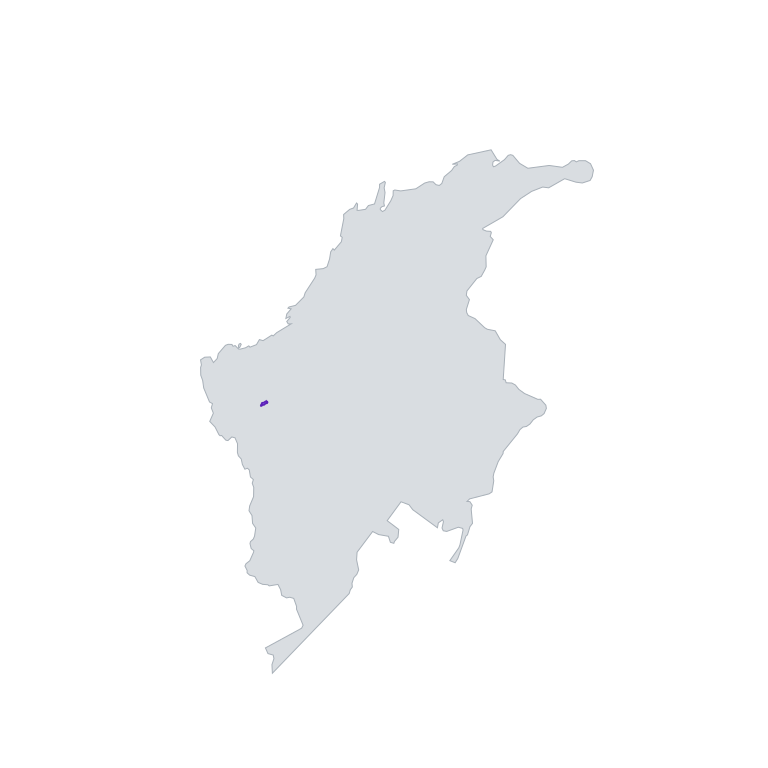 location of Palestina, Huila, Colombia, rotated 36°
{"feature_id": "7082276B12666092596275", "entity_name": "Palestina", "entity_type": "district", "adm_level": 2, "iso_a3": "COL", "parent_name": "Colombia", "parent_adm1": "Huila", "projection": "equal_earth", "projection_center": [-76.155, 1.674], "detail": "fine", "context": "in_parent", "style": "filled", "palette": "violet", "viewbox_px": 768, "rotation_deg": 36, "n_neighbors": 0, "source": "geoboundaries", "source_scale": "gbopen_adm2", "svg_char_len": 5011}
<svg xmlns="http://www.w3.org/2000/svg" viewBox="0 0 768 768"><g transform="rotate(36 384 384)"><path d="M426.3,104.8L420.6,107.9L409.5,111.7L401.9,128.5L396.6,131.4L390.2,141.4L385.5,153.7L381.9,178.8L372.4,200.1L373.2,201.0L377.0,200.1L380.6,197.8L381.9,198.5L383.2,202.2L387.6,203.1L391.1,220.4L397.8,229.2L398.5,232.6L399.4,239.8L397.1,244.1L396.4,260.0L398.5,263.9L403.5,265.5L406.8,275.3L408.9,277.6L411.9,279.1L419.2,277.6L432.3,279.3L435.4,279.0L442.7,275.6L452.1,279.8L459.0,280.5L477.8,310.3L479.7,309.4L482.1,311.2L486.8,308.1L490.9,307.6L496.3,309.1L503.3,309.1L517.5,306.0L519.6,304.3L527.4,306.0L529.7,308.3L530.9,313.8L530.0,317.3L527.3,320.7L525.8,325.2L525.6,330.6L524.2,334.6L521.7,337.2L520.8,341.0L521.3,345.9L520.1,368.5L521.2,370.3L522.0,379.6L525.3,391.6L526.9,395.0L529.7,397.8L534.8,407.8L533.6,411.1L520.8,426.6L520.2,430.2L522.6,428.7L526.6,430.2L528.0,433.9L537.5,444.7L537.4,448.9L540.2,457.0L539.7,458.8L546.3,481.9L546.6,486.8L541.1,488.2L540.8,472.6L540.0,469.5L533.8,455.7L532.5,454.6L528.3,456.2L521.4,466.4L518.2,467.9L515.6,466.4L513.0,460.4L511.3,459.3L509.6,464.4L511.7,468.9L481.2,468.8L475.2,467.0L467.0,469.3L466.9,492.7L481.4,493.0L485.4,499.7L485.0,505.2L485.6,507.1L482.2,508.3L477.1,504.6L468.1,509.0L461.5,510.0L461.1,535.9L465.1,542.3L472.8,549.3L473.9,554.0L473.4,558.4L475.2,564.0L477.7,566.9L477.7,570.3L479.0,574.0L463.7,683.6L458.3,676.9L456.4,670.9L453.7,668.4L448.6,670.3L443.2,667.2L460.9,630.0L460.3,626.7L445.6,617.6L444.0,615.3L437.0,610.5L433.1,611.9L430.9,614.3L425.5,615.1L421.2,611.1L416.0,608.5L409.8,614.8L408.0,614.7L403.6,617.4L398.8,618.5L392.7,615.7L387.7,617.6L384.2,617.2L382.9,615.3L378.5,613.0L378.0,610.5L379.3,605.9L377.4,596.9L376.7,595.4L373.3,595.2L369.4,591.9L368.6,590.0L369.4,586.3L368.7,583.2L364.9,575.9L359.6,574.0L354.5,568.0L349.3,565.9L347.0,561.6L344.7,551.8L339.4,544.2L335.7,541.7L334.5,538.1L330.6,537.7L325.5,532.7L323.1,532.4L321.5,534.7L316.7,532.3L312.6,528.6L308.4,527.7L305.6,525.5L300.6,518.4L295.1,515.1L292.0,516.3L291.0,521.5L289.1,522.4L282.9,521.1L281.8,522.2L280.2,522.0L272.6,518.1L265.0,516.7L263.1,507.9L258.3,504.8L256.8,500.7L253.4,501.1L240.5,493.2L235.2,487.7L230.6,484.6L225.9,478.4L225.1,475.9L221.4,472.3L223.2,467.7L227.6,464.2L233.4,466.9L234.1,461.5L232.1,456.8L233.0,445.9L234.6,443.5L237.7,441.4L239.7,442.2L241.0,440.4L245.7,441.2L247.1,440.4L250.7,436.1L252.2,432.6L253.9,433.0L257.7,427.1L257.1,421.3L260.7,420.0L264.5,410.4L266.1,410.2L267.0,405.6L273.6,389.8L271.2,391.7L268.6,390.6L269.0,385.2L268.2,384.6L266.1,388.7L264.2,384.5L264.7,377.8L261.7,379.1L261.9,377.5L266.2,372.4L268.0,360.7L266.6,356.5L265.7,339.1L264.9,335.7L261.4,331.4L267.0,326.4L269.0,322.6L266.5,314.9L263.2,308.4L263.1,304.5L265.1,304.9L265.9,294.0L264.0,289.9L261.7,289.8L254.3,273.9L251.7,270.6L253.6,262.9L255.9,259.5L255.4,253.7L256.9,254.0L260.1,259.3L261.4,258.5L266.4,253.5L266.5,248.8L270.5,243.9L264.9,227.6L263.0,225.0L265.3,219.8L266.6,220.1L268.8,225.2L272.3,228.5L277.4,237.6L279.7,239.7L278.1,241.7L277.7,243.9L278.5,245.1L281.4,245.4L282.6,242.8L281.8,231.8L280.6,226.2L277.9,222.3L278.7,220.7L284.0,218.0L295.0,207.4L298.8,197.5L301.6,193.9L304.9,191.6L308.9,192.2L312.0,190.9L312.9,187.8L310.9,180.9L313.2,171.5L313.1,166.7L314.6,163.9L314.1,162.8L310.1,166.1L314.2,159.5L317.1,149.4L333.0,131.6L343.4,135.9L346.7,135.6L342.4,137.8L341.7,140.4L343.2,143.1L344.8,143.9L346.1,142.2L349.6,131.7L350.1,126.0L351.6,124.1L353.8,123.3L364.0,125.8L373.6,124.9L389.2,110.1L401.0,103.8L403.9,97.7L404.7,93.1L406.8,91.3L409.0,91.3L410.4,88.8L415.8,84.9L421.6,84.4L427.8,87.9L430.6,94.0L431.1,98.2L426.3,104.8ZM245.8,439.3L245.1,440.1L243.7,438.6L243.3,436.8L244.1,435.5L245.2,435.9L245.8,439.3Z" fill="#d9dde1" stroke="#a8b0b8" stroke-width="1"/><path d="M300.8,468.2L300.7,468.0L300.7,467.9L300.7,467.7L300.7,467.4L300.6,467.2L300.4,467.1L300.2,467.0L300.1,466.9L300.0,467.0L299.9,467.0L299.7,467.2L299.5,466.9L299.4,466.9L299.2,466.9L299.2,467.0L299.0,467.3L298.9,467.2L298.7,467.1L298.7,467.3L298.6,467.5L298.4,467.7L298.4,467.8L298.3,468.0L298.2,468.0L298.1,468.3L298.0,468.5L297.9,468.7L297.9,468.8L297.9,469.0L297.7,469.2L297.7,469.3L297.6,469.5L297.5,469.9L297.4,470.0L297.2,470.2L297.2,470.3L296.9,470.4L296.9,470.5L296.7,470.5L296.4,470.8L296.3,471.0L296.4,471.3L296.5,471.4L296.5,471.5L296.7,471.8L296.6,472.0L296.8,472.2L296.8,472.3L296.8,472.5L296.8,472.8L296.7,472.9L296.7,473.0L296.8,473.0L296.9,473.3L297.0,473.5L297.0,473.8L297.0,474.0L297.3,474.2L297.5,474.1L297.6,473.9L297.8,473.8L297.8,473.7L298.0,473.4L298.1,473.2L298.1,472.9L298.1,472.6L298.0,472.3L298.0,472.2L298.3,472.0L298.5,472.0L298.5,471.9L298.7,471.7L298.8,471.7L299.0,471.6L299.0,471.4L299.3,471.3L299.4,471.2L299.5,471.0L299.5,470.9L299.5,470.7L299.6,470.4L299.4,470.3L299.4,470.2L299.3,469.9L299.5,469.7L299.5,469.4L299.6,469.2L299.8,469.0L299.9,468.9L300.0,468.9L300.3,468.8L300.3,468.7L300.5,468.7L300.7,468.4L300.8,468.4L300.7,468.4L300.8,468.3L300.8,468.2Z" fill="#8b5cf6" stroke="#5b21b6" stroke-width="1.5"/></g></svg>